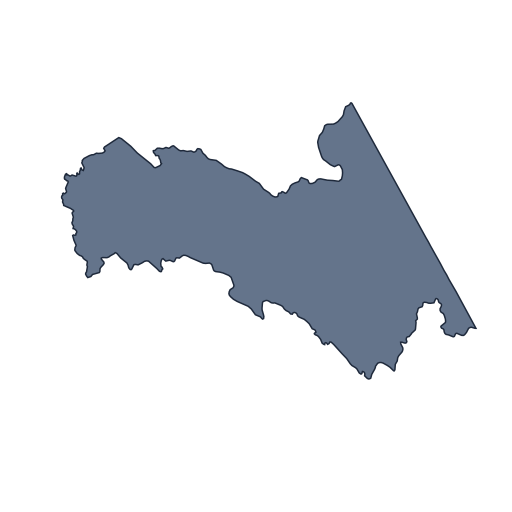 Sakania, Katanga, Democratic Republic of the Congo, rotated 331°
{"feature_id": "63176286B52056185132037", "entity_name": "Sakania", "entity_type": "district", "adm_level": 2, "iso_a3": "COD", "parent_name": "Democratic Republic of the Congo", "parent_adm1": "Katanga", "projection": "equal_earth", "projection_center": [28.713, -12.599], "detail": "fine", "context": "isolated", "style": "filled", "palette": "slate", "viewbox_px": 512, "rotation_deg": 331, "n_neighbors": 0, "source": "geoboundaries", "source_scale": "gbopen_adm2", "svg_char_len": 6117}
<svg xmlns="http://www.w3.org/2000/svg" viewBox="0 0 512 512"><g transform="rotate(331 256 256)"><path d="M98.4,193.3L101.6,193.9L104.1,192.9L110.9,194.5L111.9,193.9L113.4,191.5L114.7,190.7L118.4,189.5L119.6,188.7L120.0,187.5L119.2,183.6L119.7,182.8L121.1,183.0L124.8,185.2L126.8,185.5L128.9,185.2L133.2,185.2L134.5,184.8L135.6,186.3L136.7,192.1L139.7,199.5L139.7,201.8L139.0,204.6L139.3,206.6L140.0,207.4L141.0,207.2L145.0,204.4L146.3,204.8L148.6,206.6L153.4,206.8L155.9,206.6L157.9,207.2L159.5,208.4L163.2,218.9L164.1,222.5L165.0,223.5L165.7,223.7L167.2,222.3L168.2,222.1L168.4,220.1L167.9,219.3L168.4,217.9L169.2,216.1L171.0,214.0L172.3,213.2L173.4,213.2L174.6,216.7L178.1,217.7L179.1,218.5L180.5,220.5L181.3,221.1L182.4,220.9L184.9,219.1L185.8,219.1L188.1,220.7L191.8,220.1L193.2,220.3L194.9,221.5L196.5,223.5L197.7,225.5L206.3,236.6L208.2,238.0L211.9,239.6L212.9,241.2L213.1,242.4L212.1,247.7L212.3,248.9L213.2,250.1L216.5,252.5L219.0,254.9L222.8,259.8L223.9,262.6L222.5,270.9L221.8,271.9L220.5,272.7L217.1,272.9L215.2,274.3L214.0,275.9L213.7,277.5L214.1,279.5L215.3,282.9L217.5,286.6L224.8,296.2L226.2,300.1L227.0,307.1L230.4,311.4L230.7,313.2L231.2,314.4L232.3,314.4L233.5,312.8L234.0,311.2L235.2,306.1L236.0,304.5L239.1,299.9L240.2,299.3L243.0,299.7L243.9,300.1L245.1,301.3L246.7,304.3L248.2,305.5L249.7,306.1L253.8,311.2L254.8,313.0L255.1,316.2L255.9,318.4L257.6,320.8L258.2,323.5L259.6,324.5L260.9,323.7L262.1,323.9L263.2,324.9L263.7,326.5L263.4,328.5L264.1,330.3L267.5,334.8L268.7,337.8L269.7,341.0L269.9,346.9L271.5,348.9L271.8,349.9L271.5,351.7L269.7,351.9L269.3,352.3L269.7,353.7L270.9,355.1L271.6,356.7L272.1,360.2L271.6,364.4L272.5,366.2L273.1,366.8L274.0,365.6L275.0,365.6L275.6,366.4L275.8,368.0L277.4,368.0L279.0,367.0L280.0,367.8L281.1,371.1L283.9,383.2L285.6,389.6L286.2,395.9L286.8,398.3L288.9,401.9L289.5,403.7L289.6,408.4L290.6,410.2L291.5,410.2L293.1,408.6L294.0,409.4L294.3,410.6L294.0,412.0L292.9,413.4L294.0,417.1L294.8,418.1L295.9,418.5L297.1,418.5L299.9,415.6L304.8,412.6L306.3,411.4L307.0,410.4L310.4,408.8L312.2,409.0L313.8,409.8L315.2,411.2L317.7,415.2L319.2,418.1L320.7,423.1L321.1,423.5L322.3,422.9L325.3,418.3L328.6,416.3L330.7,413.6L332.6,412.4L337.0,410.8L338.2,410.0L339.4,408.6L339.9,407.2L340.0,403.1L340.7,401.5L341.8,402.1L343.7,404.1L344.7,404.7L345.6,404.7L346.5,403.9L346.9,401.7L348.0,400.5L349.1,400.1L350.9,400.7L354.0,399.5L354.4,399.1L359.3,397.9L360.0,397.3L363.7,391.8L364.3,390.0L366.5,389.4L367.1,388.4L368.3,384.4L370.2,383.0L372.0,380.9L373.3,380.3L376.7,380.9L377.8,380.1L379.1,378.3L379.8,377.9L381.0,378.1L383.1,379.7L383.8,380.7L385.6,381.9L388.9,383.2L392.2,380.7L392.9,380.5L393.7,381.3L394.1,382.4L393.5,384.8L393.8,386.0L394.5,387.0L394.7,388.2L394.5,388.8L393.7,389.8L391.4,391.4L390.6,393.0L390.6,394.7L391.9,397.1L391.9,399.1L391.1,402.9L390.2,405.0L389.4,406.0L383.9,407.0L383.3,407.6L383.3,409.0L384.3,410.4L384.6,411.4L383.8,413.8L383.7,415.4L384.2,416.7L386.1,418.3L389.3,422.3L390.5,422.5L392.6,420.9L393.5,420.7L394.3,421.1L397.4,425.1L399.1,426.1L400.5,425.9L403.0,424.9L406.9,422.3L408.6,422.3L409.8,422.7L412.6,425.5L413.3,425.9L413.7,384.2L413.4,370.4L413.6,364.8L413.4,360.0L413.6,351.9L413.5,331.9L413.6,327.1L413.5,322.7L413.9,169.1L413.4,168.1L412.7,168.1L411.5,168.9L410.0,169.1L406.8,168.9L403.4,171.8L401.0,174.8L399.1,176.0L392.8,178.2L389.7,178.4L387.7,178.2L382.3,175.4L381.1,175.2L379.2,175.4L376.8,177.8L374.0,180.0L370.0,181.4L365.9,185.4L365.1,186.5L363.4,191.3L361.6,201.0L361.6,203.2L362.0,204.8L362.9,206.4L365.3,212.2L367.5,215.3L368.1,215.9L372.2,216.1L373.1,216.9L373.5,217.9L373.4,222.3L372.0,225.3L370.4,227.7L367.9,230.4L366.4,230.4L365.5,230.8L364.4,230.6L359.9,227.3L355.2,224.3L350.0,219.9L348.3,219.1L346.7,218.9L343.4,220.1L340.6,219.9L338.8,219.1L337.9,218.3L337.8,217.1L338.1,215.7L337.9,214.4L333.7,209.4L332.2,209.8L330.1,211.4L328.7,211.6L325.7,211.0L322.5,210.8L320.1,211.4L317.3,213.6L313.3,215.5L312.0,215.3L311.1,213.6L310.1,212.4L309.5,212.4L308.7,213.0L306.2,212.2L304.0,214.4L303.0,214.4L301.2,213.6L299.6,211.6L298.7,209.6L298.4,207.8L297.8,206.4L295.0,201.2L294.1,194.1L291.9,190.5L288.7,183.2L286.4,179.2L284.7,176.6L281.1,172.6L276.8,168.1L274.8,166.7L273.0,164.5L271.7,162.5L270.4,158.9L267.6,153.1L262.7,149.4L261.5,148.0L260.9,146.2L260.5,143.4L259.4,140.4L259.4,136.1L258.7,135.1L257.2,133.9L256.0,134.1L254.6,135.1L253.1,135.3L252.0,135.1L250.1,132.6L246.4,131.1L243.5,128.5L241.1,127.5L240.1,126.3L239.5,125.1L237.4,119.8L236.8,119.4L235.1,119.2L232.8,119.6L231.8,119.4L229.9,117.4L227.2,117.2L225.9,116.6L223.7,114.8L221.9,113.9L218.7,114.7L217.7,114.2L217.1,114.2L216.6,115.8L217.1,118.2L216.9,119.5L219.0,120.7L219.4,121.5L218.7,123.6L218.9,125.0L218.7,126.2L217.9,128.4L218.2,129.4L216.0,130.4L211.0,130.1L209.8,129.2L208.6,124.3L202.1,108.4L199.7,99.4L195.2,88.2L193.4,85.9L176.4,87.2L175.0,88.0L175.0,90.9L173.7,91.5L171.5,91.5L168.1,90.0L166.2,88.7L163.2,88.7L161.2,87.8L158.8,87.4L152.9,87.3L150.4,88.2L150.1,88.9L148.8,90.1L148.5,95.5L146.4,97.5L145.6,96.6L145.5,95.6L145.8,94.6L145.7,94.2L145.0,94.3L143.6,96.1L142.8,96.4L141.5,98.6L140.6,98.7L140.2,98.3L139.8,96.7L139.1,97.1L138.8,98.2L138.0,98.9L137.2,98.9L134.4,96.0L132.6,96.1L132.0,95.8L130.8,93.8L129.9,93.3L130.3,92.9L130.3,92.2L129.1,92.1L127.0,93.8L126.2,94.9L125.9,96.0L126.4,96.6L126.9,98.4L127.7,99.0L127.8,99.7L127.5,100.4L123.1,103.8L122.2,104.7L121.5,107.8L121.1,108.3L119.2,108.8L118.5,108.6L118.2,107.7L117.4,107.6L116.9,107.9L116.5,109.1L115.4,109.3L114.5,110.2L114.1,111.6L114.3,112.3L114.3,113.3L113.0,115.0L112.8,117.6L112.3,118.6L116.8,124.4L118.5,127.7L118.3,128.4L116.4,128.9L115.9,129.5L115.1,133.5L113.9,134.6L112.8,136.4L111.1,137.7L110.7,139.5L110.9,140.8L110.7,141.8L109.3,143.3L110.1,144.0L110.8,145.3L111.2,147.4L110.4,148.7L109.4,149.0L108.7,150.2L107.7,150.1L106.5,149.1L105.6,149.2L104.4,153.8L103.9,159.2L103.6,159.8L101.9,160.9L100.4,162.9L100.3,163.8L100.8,167.1L102.0,169.9L103.2,171.2L103.9,172.7L103.8,174.2L104.3,175.7L105.8,178.7L105.5,179.6L103.7,181.9L103.4,183.6L100.0,187.8L98.8,188.4L98.2,189.2L98.1,191.2L98.4,193.3Z" fill="#64748b" stroke="#1e293b" stroke-width="1.5"/></g></svg>